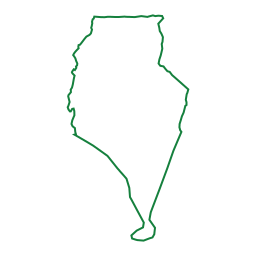 Yarmein, Nimba, Liberia (Robinson projection)
{"feature_id": "62588387B94510923567486", "entity_name": "Yarmein", "entity_type": "district", "adm_level": 2, "iso_a3": "LBR", "parent_name": "Liberia", "parent_adm1": "Nimba", "projection": "robinson", "projection_center": [-8.624, 7.522], "detail": "fine", "context": "isolated", "style": "outline", "palette": "green", "viewbox_px": 256, "rotation_deg": 0, "n_neighbors": 0, "source": "geoboundaries", "source_scale": "gbopen_adm2", "svg_char_len": 1877}
<svg xmlns="http://www.w3.org/2000/svg" viewBox="0 0 256 256"><path d="M181.4,131.9L180.2,130.2L179.4,127.1L179.5,126.4L179.6,124.0L180.9,119.8L181.9,116.3L183.6,112.6L185.3,105.9L186.5,105.0L186.5,102.2L185.8,99.8L186.7,94.2L187.3,93.0L188.3,89.4L182.9,84.6L175.1,77.7L172.1,75.1L169.7,71.9L167.4,71.2L165.4,68.9L163.5,66.4L160.3,65.8L158.6,63.5L159.4,59.4L160.7,55.5L161.4,52.6L162.1,49.6L162.3,48.7L161.8,44.4L161.7,44.1L162.5,41.8L162.9,37.2L162.6,36.4L161.3,33.5L159.8,31.1L159.7,30.5L159.3,27.8L158.3,23.7L163.2,18.3L162.1,16.0L158.4,15.7L156.8,15.9L155.3,16.1L152.9,15.4L148.3,16.6L147.5,16.9L141.3,16.1L134.7,17.1L129.8,16.9L125.9,16.8L125.3,16.7L124.8,16.6L118.8,17.0L115.2,17.0L110.0,16.8L107.7,16.8L104.5,17.2L100.6,17.1L94.3,16.6L93.7,18.6L92.7,19.3L92.0,21.9L92.3,23.1L91.7,26.2L91.2,27.8L92.0,29.6L90.9,33.4L90.0,34.4L89.5,34.9L86.4,36.6L84.5,38.9L81.7,42.6L81.4,43.0L80.0,44.7L78.6,45.1L78.3,47.0L78.6,48.3L76.6,50.3L75.1,52.0L74.0,53.5L73.2,55.1L74.3,56.6L75.4,58.4L76.1,60.8L77.3,63.5L77.1,65.3L76.0,66.5L76.3,67.8L74.9,70.0L73.8,69.3L72.8,70.6L71.9,72.2L72.3,73.2L74.6,75.6L74.1,77.5L73.8,78.9L72.8,84.5L72.0,87.6L70.7,89.7L70.8,90.0L70.9,92.2L68.5,95.1L68.2,96.3L69.6,102.0L68.4,105.8L67.7,107.2L68.5,109.5L69.9,111.4L70.7,111.4L72.2,108.9L73.6,108.6L74.3,111.1L74.4,115.3L73.5,117.4L72.3,120.3L71.5,124.0L72.6,126.3L74.9,128.1L75.3,132.1L75.9,134.1L74.4,134.6L87.6,142.3L93.1,145.6L101.1,151.3L107.5,155.9L117.4,168.3L119.2,170.3L119.8,171.1L123.2,174.9L126.5,178.7L129.3,187.9L130.0,197.1L131.5,199.7L137.0,210.0L143.8,222.6L143.0,227.4L136.7,230.6L131.4,235.4L132.1,238.5L135.5,239.6L137.4,240.1L143.6,240.6L149.9,238.2L151.7,237.7L152.5,237.4L154.3,234.2L154.3,233.9L155.0,227.8L149.4,219.8L150.1,215.9L150.8,212.2L153.3,205.6L158.2,192.7L159.2,190.1L167.4,168.0L170.4,159.4L173.4,150.8L181.4,131.9Z" fill="none" stroke="#15803d" stroke-width="2"/></svg>